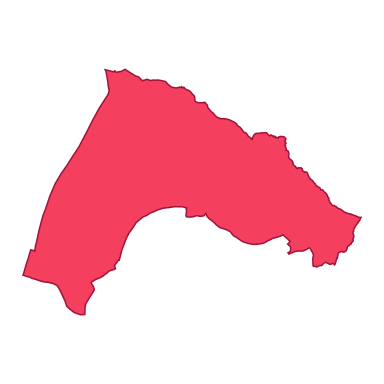 Cerro De San Antonio, Magdalena, Colombia
{"feature_id": "7082276B80696597151796", "entity_name": "Cerro De San Antonio", "entity_type": "district", "adm_level": 2, "iso_a3": "COL", "parent_name": "Colombia", "parent_adm1": "Magdalena", "projection": "orthographic", "projection_center": [-74.78, 10.29], "detail": "fine", "context": "isolated", "style": "filled", "palette": "rose", "viewbox_px": 384, "rotation_deg": 0, "n_neighbors": 0, "source": "geoboundaries", "source_scale": "gbopen_adm2", "svg_char_len": 6012}
<svg xmlns="http://www.w3.org/2000/svg" viewBox="0 0 384 384"><path d="M99.0,108.5L92.7,120.1L86.7,132.0L78.9,146.9L72.2,157.0L66.6,165.9L61.0,173.8L55.1,183.8L49.9,196.0L45.6,208.8L42.8,216.1L39.2,229.6L36.4,242.5L35.4,246.1L34.9,251.2L34.1,250.6L30.7,249.8L28.0,259.1L26.4,263.7L23.9,272.5L23.0,275.1L26.1,276.2L29.5,277.1L32.3,278.5L35.7,279.3L39.7,280.8L43.4,281.8L47.9,282.3L53.4,283.6L57.3,285.7L60.0,290.3L65.1,301.2L66.8,306.4L69.9,309.2L74.1,312.5L80.3,314.7L84.8,314.6L85.1,307.0L85.7,304.3L86.9,301.8L87.9,300.5L88.4,299.3L93.8,290.8L94.3,289.4L93.9,288.0L92.9,285.6L91.8,284.1L91.3,283.0L91.2,282.6L92.0,281.8L95.5,279.6L98.0,278.5L100.1,277.7L102.1,276.6L107.3,272.8L107.7,272.2L108.6,271.6L109.2,271.0L110.8,270.3L114.3,269.5L115.2,268.9L115.5,268.5L115.3,267.8L114.5,266.1L114.5,265.6L117.3,261.9L118.2,260.4L119.2,260.3L122.1,249.2L124.1,244.2L126.2,238.5L129.2,232.8L133.3,227.2L136.2,222.6L139.9,219.5L142.8,217.1L147.0,215.2L150.2,213.1L153.9,211.7L157.7,209.9L163.6,208.1L169.5,207.5L174.4,206.7L182.6,206.8L186.6,208.0L186.2,209.1L186.4,209.5L186.5,210.7L186.5,212.1L186.1,213.9L186.0,215.7L186.1,216.3L186.8,217.0L187.9,216.9L190.4,217.1L191.2,216.9L192.3,216.9L193.1,216.8L195.1,216.1L196.9,215.8L198.4,215.8L199.0,216.2L200.0,216.3L201.6,216.2L203.8,215.8L205.9,213.5L206.1,214.3L206.7,215.6L207.4,216.8L208.0,217.5L209.0,218.5L213.9,222.4L216.3,224.8L218.8,226.9L219.9,227.6L226.4,229.7L229.9,231.5L230.7,232.2L232.3,234.4L233.4,235.6L234.3,236.3L236.1,237.1L241.7,241.1L244.4,242.3L248.9,243.6L250.5,243.8L251.8,244.3L253.5,244.4L255.4,244.4L256.0,244.0L256.4,244.3L256.9,244.3L262.8,243.4L264.2,242.9L266.5,241.7L267.6,240.8L269.5,240.1L272.5,238.5L279.9,236.4L283.0,234.9L286.6,238.0L290.1,241.5L287.6,244.1L290.3,246.5L290.5,247.1L290.6,248.1L290.5,250.2L290.2,251.2L289.4,252.0L288.0,252.7L288.9,254.1L294.5,251.7L295.5,251.4L298.4,251.0L302.4,251.1L304.5,250.4L306.3,249.6L308.4,248.2L309.5,247.8L309.8,247.9L313.0,253.5L313.3,254.5L313.3,256.3L313.0,257.2L312.8,258.9L313.0,265.4L313.4,266.4L315.1,266.2L316.1,266.8L317.0,267.0L318.7,265.8L319.4,265.8L320.5,265.5L321.5,265.7L323.9,263.2L325.8,262.3L327.1,263.1L328.7,263.6L329.4,264.2L330.0,264.3L330.8,264.3L332.5,263.4L333.0,263.5L334.6,264.9L335.1,264.1L336.5,259.3L336.9,258.2L337.3,258.3L338.2,253.5L339.1,252.4L340.2,251.9L341.5,251.6L342.2,251.6L343.0,252.1L344.0,252.1L345.3,251.5L346.0,250.9L346.8,249.5L347.4,246.8L347.7,246.3L348.6,246.0L349.0,245.7L349.2,245.2L349.8,244.7L350.8,244.3L351.2,243.7L351.5,242.5L352.2,242.2L353.3,240.8L352.9,238.9L353.0,238.5L353.8,237.3L353.9,236.0L353.0,233.0L353.0,232.1L353.2,231.5L353.7,231.0L353.8,229.2L355.8,225.7L359.6,220.5L361.0,217.4L360.5,217.5L358.8,217.3L355.7,215.9L351.4,214.4L350.5,213.8L350.0,214.1L346.3,212.8L344.1,211.9L343.0,211.1L341.6,210.0L341.1,209.4L340.6,209.2L340.3,209.2L339.6,208.8L339.1,208.9L338.8,208.5L337.4,207.9L337.3,207.6L336.6,207.1L336.2,207.0L336.1,206.6L335.9,206.3L335.1,206.2L334.5,206.0L334.2,205.5L333.4,205.6L332.8,205.6L332.6,205.5L332.2,205.0L331.8,204.8L329.8,201.9L328.8,200.0L328.6,199.9L328.9,199.7L328.8,198.0L327.4,196.4L327.4,195.5L327.0,194.9L326.7,194.1L324.9,192.2L323.8,191.7L323.5,191.3L323.5,190.9L323.1,190.3L322.1,189.7L320.8,190.0L320.4,188.8L319.9,187.9L318.6,187.0L317.9,186.8L317.3,186.2L315.9,185.5L315.6,184.5L315.2,183.8L314.1,182.9L313.3,181.4L312.6,180.9L311.9,180.0L309.8,178.6L309.6,177.5L308.8,176.8L307.3,172.8L306.6,172.1L305.8,171.9L304.7,172.2L304.5,171.9L304.2,172.0L304.0,171.6L303.8,171.4L303.2,171.3L302.4,170.2L302.3,169.2L302.2,168.8L301.1,167.8L298.0,167.8L297.5,168.6L296.8,168.5L296.6,168.0L295.9,167.7L295.9,167.0L295.4,166.6L295.2,166.2L294.2,165.6L293.1,164.3L293.0,163.4L293.1,163.1L293.1,162.8L292.8,162.3L292.4,162.0L292.3,161.0L290.6,159.4L289.5,158.8L289.1,158.1L288.9,157.3L288.7,157.0L288.9,153.3L288.5,152.8L288.6,152.2L288.2,151.3L287.7,150.7L287.3,150.5L286.6,150.5L286.1,150.3L286.1,149.8L286.3,149.3L286.3,148.7L285.6,147.3L285.4,146.2L285.6,146.1L285.7,145.9L284.9,145.1L285.2,144.5L285.4,143.7L285.9,143.6L286.0,143.4L285.7,143.0L285.6,142.3L284.9,141.7L284.8,141.4L285.7,140.0L285.6,139.1L285.9,138.7L285.1,138.0L284.8,137.4L283.9,136.8L282.6,136.6L282.1,136.4L280.0,136.5L278.3,137.2L278.3,137.7L278.1,138.1L276.0,137.2L275.7,137.4L275.6,137.7L275.4,137.6L275.4,136.8L275.2,136.5L274.1,136.1L273.4,136.7L272.6,135.7L270.9,134.9L270.7,135.0L270.8,134.8L270.1,135.9L269.4,135.8L266.5,132.8L266.3,132.7L264.9,132.6L262.8,133.0L261.7,132.7L259.6,133.2L258.0,133.4L256.9,133.2L255.4,133.7L254.3,134.5L253.5,135.6L253.3,136.5L252.6,137.6L252.2,139.4L251.4,138.9L250.8,138.0L249.9,137.3L248.8,136.6L247.9,135.8L246.5,133.4L246.0,133.0L244.0,132.2L243.2,131.3L241.2,128.5L240.1,127.3L238.3,126.2L237.9,125.7L237.0,125.2L236.7,123.9L235.4,123.1L234.4,122.2L231.8,121.0L230.1,120.1L228.7,119.7L228.1,119.4L224.3,118.7L222.4,118.6L221.2,118.8L220.5,118.7L219.8,118.1L218.8,118.1L218.3,117.7L217.4,117.3L216.4,116.6L215.2,115.6L214.1,114.3L213.9,113.8L213.3,113.2L211.2,111.6L210.1,110.4L209.0,108.8L207.7,107.4L207.5,106.4L207.5,105.4L205.5,103.2L205.4,102.9L205.0,103.1L204.8,102.4L204.2,102.3L202.4,102.8L199.2,102.7L198.8,102.6L198.1,102.6L195.5,101.8L195.1,101.2L194.9,100.1L194.7,97.1L194.4,96.2L193.9,95.4L192.5,94.2L191.3,92.6L189.4,90.8L188.1,90.1L186.8,89.9L186.0,89.4L184.6,88.1L184.5,87.8L183.8,87.3L183.6,87.3L183.2,87.9L182.6,88.0L181.7,86.7L180.8,87.4L179.7,87.0L179.4,87.3L178.4,87.4L177.1,88.0L176.4,87.9L175.1,87.9L174.4,87.6L172.1,87.3L171.0,86.8L169.5,85.4L169.1,85.3L168.3,84.7L166.6,82.8L166.1,81.9L165.5,81.5L159.9,80.3L157.5,80.0L155.2,80.2L153.3,80.0L150.4,80.6L149.0,79.9L146.4,79.3L144.9,80.1L143.8,80.2L142.9,80.7L142.7,80.7L141.7,80.1L140.7,79.0L139.7,78.2L139.4,77.7L138.2,76.8L137.6,76.5L136.7,76.4L133.8,75.0L133.1,74.3L132.0,73.8L125.1,69.3L121.2,71.4L116.0,72.3L114.8,70.8L114.1,71.6L113.5,71.8L105.2,69.7L105.6,70.5L106.6,74.3L108.0,83.3L108.2,85.7L109.1,90.3L108.8,92.2L107.9,94.7L99.0,108.5Z" fill="#f43f5e" stroke="#9f1239" stroke-width="1.5"/></svg>